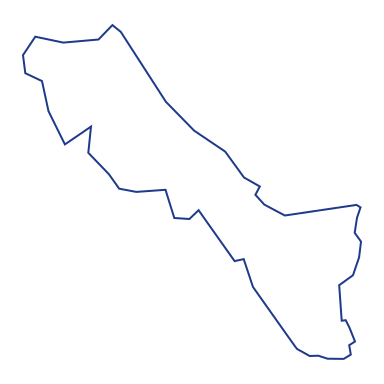 outline of York, Virginia, United States of America
{"feature_id": "52423323B51899565145561", "entity_name": "York", "entity_type": "district", "adm_level": 2, "iso_a3": "USA", "parent_name": "United States of America", "parent_adm1": "Virginia", "projection": "mercator", "projection_center": [-76.531, 37.236], "detail": "fine", "context": "isolated", "style": "outline", "palette": "blue", "viewbox_px": 384, "rotation_deg": 0, "n_neighbors": 0, "source": "geoboundaries", "source_scale": "gbopen_adm2", "svg_char_len": 745}
<svg xmlns="http://www.w3.org/2000/svg" viewBox="0 0 384 384"><path d="M353.0,275.2L359.1,257.3L361.0,241.6L354.7,232.8L357.0,217.8L360.5,207.4L356.5,204.9L284.8,215.5L264.3,204.6L255.4,194.8L259.8,186.5L244.0,177.5L225.2,151.6L194.2,130.7L165.9,101.8L120.8,31.9L112.4,25.1L98.5,39.5L63.3,42.6L35.3,36.7L23.0,55.1L25.3,73.2L42.0,81.1L48.5,111.2L64.9,144.4L91.0,126.6L88.3,152.8L108.9,174.2L119.2,188.7L136.3,191.9L165.5,189.8L174.3,218.0L189.4,219.0L198.6,210.2L206.4,221.3L234.6,261.1L243.7,259.1L253.0,287.0L285.6,333.1L295.0,346.3L297.1,349.0L309.7,356.0L318.3,355.7L327.6,358.7L343.7,358.9L350.8,354.6L349.2,345.2L355.0,341.5L349.4,327.5L345.7,320.2L341.7,320.7L339.2,285.2L353.0,275.2Z" fill="none" stroke="#1e3a8a" stroke-width="2"/></svg>